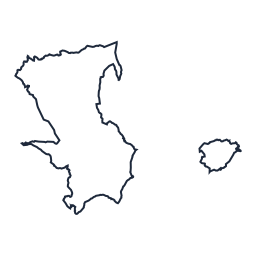 Ayahualulco, Veracruz, Mexico
{"feature_id": "50627088B50190092788877", "entity_name": "Ayahualulco", "entity_type": "district", "adm_level": 2, "iso_a3": "MEX", "parent_name": "Mexico", "parent_adm1": "Veracruz", "projection": "natural_earth1", "projection_center": [-97.172, 19.399], "detail": "fine", "context": "isolated", "style": "outline", "palette": "slate", "viewbox_px": 256, "rotation_deg": 0, "n_neighbors": 0, "source": "geoboundaries", "source_scale": "gbopen_adm2", "svg_char_len": 5695}
<svg xmlns="http://www.w3.org/2000/svg" viewBox="0 0 256 256"><path d="M117.9,203.2L119.2,201.6L120.7,198.5L121.4,197.7L121.3,196.6L121.6,195.8L120.9,192.0L121.3,190.7L122.2,189.3L123.2,186.5L123.6,186.4L124.6,185.1L126.8,181.0L128.0,180.0L129.0,179.5L130.4,178.0L131.9,177.8L133.0,177.2L133.2,176.8L132.8,176.1L132.0,176.5L130.3,172.2L130.5,172.1L130.8,167.8L130.7,162.1L132.4,157.1L132.4,156.1L132.7,155.9L132.8,155.2L134.6,152.3L135.3,150.6L136.4,149.7L134.7,149.3L134.1,148.7L133.6,146.8L133.0,146.7L132.6,146.2L132.4,145.7L131.7,145.1L130.2,144.0L128.5,143.7L126.3,142.8L125.7,142.0L124.6,141.4L124.9,140.7L124.4,140.4L124.2,140.6L123.9,139.8L123.8,139.3L124.3,138.9L124.1,138.3L123.1,138.1L123.3,137.5L123.2,136.6L121.7,134.6L120.6,133.9L120.2,133.1L118.6,131.1L118.7,130.3L118.1,127.6L116.6,125.9L116.6,125.4L116.0,124.8L115.1,124.7L113.3,123.3L111.8,122.8L111.5,122.3L110.0,121.3L109.4,121.4L108.0,122.6L107.3,122.9L106.9,124.4L102.4,122.5L102.3,120.2L102.6,119.0L102.3,118.5L101.1,117.5L101.1,117.0L101.4,115.4L101.4,114.2L100.4,113.2L99.9,113.1L98.9,112.2L98.3,110.0L97.0,107.8L96.4,104.1L99.9,103.6L99.2,98.1L98.6,96.3L98.6,95.3L98.8,91.8L99.0,90.6L99.5,89.5L99.7,87.8L99.6,85.4L100.3,82.3L100.2,78.9L100.7,78.0L100.7,77.2L101.6,76.9L102.8,77.0L103.4,76.2L103.7,75.7L103.5,73.8L104.4,70.6L109.2,65.9L113.1,64.1L114.5,66.5L114.8,67.4L114.9,69.0L115.5,70.1L116.0,70.5L116.4,71.9L116.5,74.6L118.8,79.1L118.3,80.6L119.6,79.2L120.2,76.1L121.3,73.6L121.0,72.5L121.1,71.3L121.6,70.2L120.6,66.1L119.8,65.0L119.3,64.9L116.7,58.9L115.2,52.5L116.7,43.9L116.7,42.1L104.1,47.1L103.1,46.3L99.9,45.2L99.3,45.3L98.3,46.0L97.0,45.7L95.5,46.0L94.1,46.7L92.6,46.9L87.4,45.8L86.5,46.5L85.0,48.5L84.1,48.6L83.8,49.0L81.6,50.0L78.9,52.4L78.1,52.7L76.3,52.4L73.3,52.9L72.9,52.7L70.7,52.7L70.2,53.1L68.6,52.9L67.9,52.2L64.6,50.8L62.5,50.5L60.2,51.6L60.2,52.7L60.5,53.1L60.6,54.1L60.8,54.5L60.6,54.8L60.1,54.7L59.7,55.3L58.4,55.5L57.6,54.6L56.6,54.7L54.5,55.5L53.4,55.6L50.7,54.9L49.5,54.3L49.1,54.5L48.8,55.1L46.9,55.8L45.7,55.6L44.0,56.9L43.8,57.3L43.9,57.7L43.3,58.2L43.0,58.2L41.8,59.2L41.5,58.8L40.1,59.7L38.5,59.5L37.3,57.9L35.4,56.7L34.7,56.5L34.0,57.2L34.2,58.9L34.0,60.7L32.9,60.4L32.0,59.5L31.3,59.2L30.8,58.6L29.4,58.1L28.6,57.3L28.4,56.4L27.9,56.1L27.9,56.7L27.5,56.8L27.4,57.5L27.8,58.7L27.7,59.1L27.9,60.0L27.5,60.5L27.0,61.7L25.8,61.9L25.5,61.5L24.2,61.4L23.6,62.5L23.6,64.7L23.1,65.7L21.2,67.4L21.1,68.9L20.0,70.1L18.1,69.8L17.4,70.3L17.5,71.9L17.0,73.0L16.1,74.1L16.1,74.7L15.4,75.6L15.5,76.0L18.1,77.9L19.5,78.5L21.5,80.1L22.2,81.0L23.0,82.4L23.2,83.7L24.0,84.0L24.5,84.9L24.5,85.4L25.1,86.2L25.1,87.1L26.8,86.4L27.7,85.6L29.0,85.9L29.0,86.6L27.9,87.3L27.7,87.7L27.7,88.7L27.1,89.6L27.4,90.5L27.7,90.7L28.0,91.5L29.2,92.3L29.6,94.1L33.0,95.1L33.2,96.5L36.0,99.2L37.3,105.4L37.9,107.4L43.7,119.6L48.4,121.4L54.1,130.0L54.9,133.5L59.4,140.3L57.1,143.4L56.2,143.8L54.9,143.2L53.5,141.9L47.3,141.6L45.6,142.3L44.5,141.9L38.6,141.6L34.9,141.0L34.0,141.8L32.6,141.3L30.3,142.1L28.5,143.4L28.0,143.5L27.7,143.1L26.2,143.1L25.8,142.6L25.3,143.1L23.5,143.6L22.5,143.6L22.3,143.2L21.8,143.4L23.7,145.2L27.3,144.8L28.3,144.3L29.9,144.0L31.5,144.1L33.3,145.4L37.0,147.1L38.5,148.4L40.9,149.7L42.1,151.1L46.0,153.9L47.3,154.3L48.7,154.2L50.3,155.6L50.8,157.0L51.2,160.5L51.1,161.4L50.8,162.4L53.6,164.4L54.2,165.1L54.0,165.7L55.3,166.4L56.6,167.9L58.4,168.4L59.4,168.1L60.7,168.2L61.5,168.6L64.7,167.6L66.0,166.4L67.7,165.6L67.7,166.6L67.2,166.9L67.3,168.0L67.0,168.7L67.6,169.3L68.2,169.1L69.3,169.9L69.5,170.4L68.9,171.4L69.1,172.1L69.8,173.2L69.6,173.9L70.1,174.4L70.6,175.6L69.9,177.2L69.2,177.4L68.5,178.0L68.0,179.4L67.8,180.6L68.5,182.9L68.0,184.4L67.8,186.3L68.3,187.1L71.0,189.9L72.1,192.5L72.2,193.9L71.7,194.7L71.6,195.9L70.6,196.9L70.1,196.9L69.1,195.9L67.9,195.9L66.9,196.4L66.3,196.2L65.0,196.6L65.1,197.2L64.3,198.3L63.9,199.3L63.7,199.2L63.3,200.2L65.6,203.2L67.4,206.3L69.5,208.0L70.2,208.4L70.3,207.6L70.9,206.7L71.2,206.6L71.1,206.1L71.5,206.5L72.0,205.2L72.6,205.4L72.8,205.3L73.2,205.9L73.7,205.7L75.3,207.0L74.8,208.0L74.9,209.0L74.8,210.8L75.0,210.9L74.8,211.5L75.1,212.2L75.1,212.9L75.8,213.7L76.8,213.9L77.6,213.4L78.8,212.1L80.4,211.5L83.8,207.5L83.8,206.6L84.3,205.1L84.3,203.6L85.1,202.1L88.6,200.6L90.3,199.3L91.0,198.6L92.0,198.4L93.7,197.0L94.9,196.6L96.0,195.8L99.5,195.2L100.2,194.8L101.1,195.0L103.0,194.7L104.0,195.0L105.8,195.9L107.7,196.2L108.4,196.9L108.6,197.7L110.9,198.2L111.2,198.4L111.3,199.1L112.1,198.9L112.7,199.3L113.5,199.4L114.5,200.3L114.6,200.9L116.4,202.6L117.9,203.2ZM226.0,166.1L225.9,164.1L229.3,161.4L233.3,154.7L234.2,152.7L235.5,152.2L236.7,150.8L238.3,150.9L238.8,150.7L240.2,151.2L240.6,151.1L240.6,150.6L238.5,149.0L237.4,149.8L236.9,149.8L236.1,149.0L236.1,148.6L237.2,147.9L237.8,146.9L238.7,146.9L239.0,146.4L238.7,145.4L237.4,144.6L236.8,144.0L236.6,143.0L236.1,142.5L235.8,142.3L235.0,143.2L232.4,143.4L231.2,143.9L230.7,143.7L230.1,143.1L229.9,142.1L229.2,141.2L229.3,140.7L228.5,141.0L228.0,140.7L227.6,140.1L226.6,139.6L225.3,140.2L223.5,140.7L222.8,141.3L221.4,141.4L219.8,139.8L218.3,140.2L218.0,140.1L217.7,139.7L216.3,139.7L215.8,140.3L215.1,140.3L213.9,141.1L209.9,142.2L209.4,143.2L208.9,143.2L207.9,144.0L204.4,143.2L203.1,144.3L199.5,148.5L199.8,151.7L201.5,150.8L204.4,154.4L204.7,156.5L204.0,156.6L202.4,157.2L202.1,157.0L201.9,157.3L202.0,158.2L201.8,159.0L200.4,161.8L201.5,162.9L202.4,163.3L204.7,163.5L204.9,163.7L204.7,165.4L204.9,165.7L205.2,165.6L205.8,166.5L207.0,166.7L209.7,168.4L209.6,172.0L210.1,171.4L214.1,169.7L215.7,170.5L217.6,170.5L220.2,168.5L220.2,169.7L220.6,169.8L221.0,169.4L221.2,168.1L222.9,168.1L224.0,167.7L224.5,167.0L225.2,166.8L226.0,166.1Z" fill="none" stroke="#1e293b" stroke-width="2"/></svg>